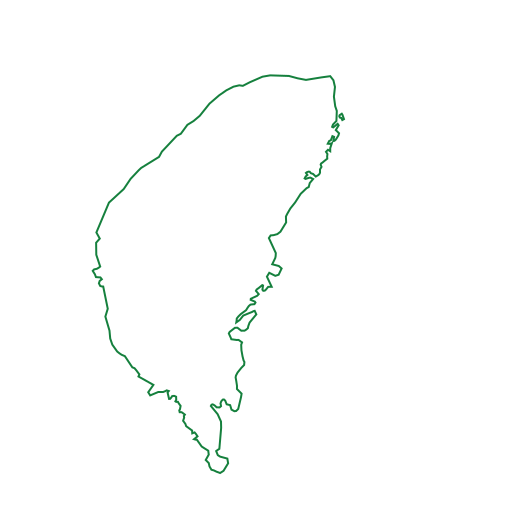 the district of Fanapanges, Federated States of Micronesia, rotated 232°
{"feature_id": "79324940B4791300793678", "entity_name": "Fanapanges", "entity_type": "district", "adm_level": 2, "iso_a3": "FSM", "parent_name": "Federated States of Micronesia", "parent_adm1": "", "projection": "robinson", "projection_center": [151.663, 7.353], "detail": "fine", "context": "isolated", "style": "outline", "palette": "green", "viewbox_px": 512, "rotation_deg": 232, "n_neighbors": 0, "source": "geoboundaries", "source_scale": "gbopen_adm2", "svg_char_len": 3723}
<svg xmlns="http://www.w3.org/2000/svg" viewBox="0 0 512 512"><g transform="rotate(232 256 256)"><path d="M211.7,186.9L212.4,188.5L212.4,195.2L210.9,197.2L206.2,198.4L204.2,201.0L204.0,203.0L204.1,205.1L205.6,206.9L207.5,210.0L209.8,220.3L213.6,221.2L214.1,220.0L214.3,218.5L215.3,215.1L216.9,209.3L215.6,203.9L215.8,199.6L217.0,200.9L218.6,202.4L219.2,204.9L219.6,208.3L219.4,214.8L220.4,217.5L221.0,219.5L221.1,221.7L220.3,223.1L219.0,225.1L219.6,226.9L220.8,227.0L224.7,224.8L225.5,225.6L223.9,232.5L224.3,234.7L228.6,234.5L229.2,235.9L229.1,238.5L229.2,243.0L228.4,243.4L225.5,240.3L224.1,240.3L223.3,241.6L223.4,243.1L224.2,246.6L222.1,249.4L226.5,250.4L233.0,251.9L234.6,256.1L228.5,259.0L227.3,262.3L230.4,268.5L234.1,267.8L239.5,263.7L242.6,270.0L243.8,271.4L246.1,273.4L262.2,277.2L263.2,280.2L261.6,282.7L260.1,286.3L260.1,290.2L263.9,300.4L268.7,303.9L270.0,306.6L272.3,312.3L274.1,319.8L277.5,329.5L278.3,337.6L277.9,340.0L280.4,343.3L281.5,348.4L284.3,347.1L284.9,346.1L285.7,344.0L286.2,342.5L287.2,342.1L288.1,344.1L288.2,346.4L290.7,346.5L290.7,347.8L290.1,349.4L289.3,350.2L287.5,350.2L285.5,351.5L281.8,352.0L281.4,354.9L281.5,356.2L282.2,357.7L284.8,359.7L285.9,362.5L288.2,363.2L288.8,364.2L288.7,366.1L288.8,368.5L288.8,372.1L290.6,373.3L292.4,375.1L295.0,375.3L295.4,378.1L292.9,379.0L295.3,380.9L298.2,385.2L298.9,383.2L300.3,381.7L300.9,383.0L301.6,384.6L301.1,386.2L303.4,390.0L301.8,390.9L299.0,387.7L298.5,388.7L298.5,390.0L298.9,391.5L300.3,395.2L301.6,397.0L306.1,396.4L308.1,401.6L309.9,401.7L309.8,396.0L310.9,395.5L312.2,397.6L312.9,402.5L320.6,409.0L325.2,410.6L333.6,415.5L340.6,422.3L346.8,425.2L352.0,425.2L356.6,417.3L364.0,403.8L370.4,398.2L377.6,392.8L389.6,378.4L393.3,371.5L396.7,358.2L398.2,350.4L400.8,347.9L403.3,342.5L404.8,334.7L405.3,325.9L404.7,313.2L401.1,298.0L400.8,289.9L401.6,282.7L398.6,272.0L399.5,267.6L396.2,246.1L393.8,240.6L396.1,219.7L395.8,216.5L394.0,204.7L390.2,193.0L388.6,173.0L372.8,144.7L365.9,143.6L364.9,138.2L355.3,130.9L343.6,126.7L343.6,124.8L343.9,122.7L345.1,120.2L344.8,118.2L340.8,117.8L337.9,116.9L334.9,120.2L332.6,120.2L332.6,117.5L331.2,115.4L328.3,114.8L327.1,115.6L326.0,116.8L305.7,106.7L301.0,100.0L287.4,94.6L280.7,90.3L274.6,88.2L266.2,87.8L263.3,88.5L260.9,89.3L257.8,91.0L244.4,90.0L242.4,91.2L239.8,91.3L234.5,91.2L233.4,89.2L217.6,95.8L215.0,87.2L211.3,86.8L209.0,95.3L206.0,99.1L205.3,101.5L205.1,102.9L203.3,104.1L202.9,102.3L196.9,99.5L196.3,100.4L196.7,102.4L197.2,103.4L196.8,104.5L195.9,105.6L194.3,106.4L191.9,104.7L191.1,103.0L190.2,103.3L189.2,104.7L187.5,104.4L184.3,104.3L182.1,101.8L181.6,100.5L179.9,99.7L178.7,101.2L177.8,101.5L174.8,102.3L174.3,100.6L172.9,99.9L171.0,97.1L167.2,97.0L164.9,96.2L157.8,98.2L155.5,96.6L154.8,99.0L152.8,99.1L149.9,98.9L149.8,94.4L148.6,95.2L147.7,96.3L139.3,95.9L136.1,97.0L132.0,98.5L128.6,96.5L126.2,90.8L121.9,91.3L118.8,89.8L115.0,89.3L113.0,90.8L110.3,92.1L108.6,93.2L107.1,94.1L106.7,98.1L109.8,106.4L114.0,108.7L115.2,107.8L120.0,104.2L122.6,103.3L126.8,104.5L126.8,106.0L126.6,108.4L142.0,122.7L147.1,126.5L155.0,128.4L165.6,128.1L166.1,129.2L166.0,130.2L165.1,130.9L163.3,131.5L161.0,131.8L159.1,134.1L159.2,136.0L161.7,137.3L162.9,139.2L163.3,141.4L162.7,142.4L161.0,142.7L157.2,141.6L154.4,143.8L150.0,142.1L148.7,142.7L147.0,143.4L146.1,144.9L146.4,147.8L154.0,157.3L156.4,159.9L162.9,159.1L165.4,161.1L169.3,163.3L172.9,165.2L174.1,166.6L175.5,169.7L176.9,175.6L177.4,179.5L179.6,181.6L181.3,181.9L185.2,183.6L190.7,186.5L195.2,189.7L196.5,191.8L200.6,190.6L201.7,189.1L205.6,185.3L206.8,185.7L211.7,186.9ZM313.5,407.3L312.3,408.2L310.0,407.7L309.7,409.6L314.1,411.1L315.3,411.2L315.5,408.6L314.9,407.7L313.5,407.3Z" fill="none" stroke="#15803d" stroke-width="2"/></g></svg>